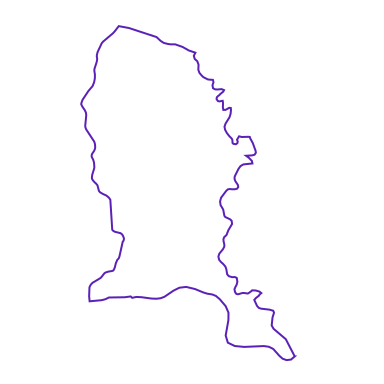 Río Negro, Equal Earth projection, rotated 276°
{"feature_id": "URY-9", "entity_name": "Río Negro", "entity_type": "Department", "adm_level": 1, "iso_a3": "URY", "parent_name": "Uruguay", "parent_adm1": "", "projection": "equal_earth", "projection_center": [-57.526, -32.894], "detail": "fine", "context": "isolated", "style": "outline", "palette": "violet", "viewbox_px": 384, "rotation_deg": 276, "n_neighbors": 0, "source": "natural_earth", "source_scale": "10m", "svg_char_len": 3496}
<svg xmlns="http://www.w3.org/2000/svg" viewBox="0 0 384 384"><g transform="rotate(276 192 192)"><path d="M39.3,311.4L35.7,308.0L34.7,303.6L35.7,299.5L38.3,295.9L44.4,289.2L46.1,284.7L46.3,279.6L43.4,260.1L43.3,250.6L45.9,243.4L52.8,240.5L68.5,241.6L75.8,240.9L82.0,237.4L88.3,230.8L91.1,226.7L92.2,223.0L92.5,217.7L93.3,213.7L95.8,205.2L97.0,196.2L95.5,189.5L92.1,184.1L84.8,175.4L83.0,171.7L82.1,167.5L81.8,162.8L82.1,152.7L81.8,147.5L80.5,143.6L81.7,141.9L80.3,136.1L78.4,120.4L76.4,117.2L75.0,113.6L72.6,101.6L77.5,100.6L86.2,100.0L87.6,100.3L89.5,101.2L90.6,102.0L91.4,102.7L92.0,103.5L96.6,109.6L97.3,110.4L98.2,111.0L101.9,113.3L102.6,114.0L103.1,114.9L104.0,116.9L105.1,120.8L105.3,121.3L105.8,122.0L107.1,122.6L109.2,123.2L113.2,123.7L116.7,124.8L118.4,126.1L120.5,126.6L135.3,128.3L136.2,128.9L137.5,129.2L139.0,129.1L141.6,127.7L142.8,126.5L143.6,125.2L144.2,120.7L144.4,119.4L144.9,118.3L145.4,117.3L146.2,116.6L175.7,111.6L177.3,110.3L178.0,109.5L179.2,107.7L179.7,106.7L180.8,103.4L181.1,102.8L181.9,101.0L182.5,100.1L183.3,99.4L184.2,99.0L188.2,97.5L189.0,97.1L190.6,95.4L191.1,94.6L192.5,93.0L194.0,91.6L194.9,91.1L196.6,90.9L198.8,91.0L204.9,92.2L206.5,92.3L210.9,91.5L213.9,90.3L216.4,88.6L217.7,88.4L219.1,88.5L222.8,90.4L224.4,90.9L226.0,91.1L229.1,90.6L230.8,90.0L232.0,89.4L243.1,80.3L245.0,79.3L246.5,78.9L257.3,78.8L259.5,78.3L260.4,77.9L262.2,76.8L265.4,74.1L267.1,73.0L267.9,72.6L269.8,72.9L272.4,73.6L281.6,78.4L287.0,82.1L291.1,83.2L294.8,83.5L298.5,83.2L302.8,82.1L304.6,82.2L311.2,83.6L313.4,83.8L315.0,83.7L317.1,83.1L318.3,83.1L321.3,83.5L330.6,86.7L332.3,87.9L341.6,96.8L343.9,98.5L349.3,101.8L348.5,112.1L343.1,137.2L342.4,140.5L339.0,145.0L337.3,148.4L336.7,152.6L336.6,155.3L337.1,159.8L335.3,167.4L332.4,174.1L330.9,180.8L327.6,179.6L324.6,180.8L322.6,183.6L319.3,185.2L314.3,185.5L311.3,186.9L309.0,189.3L307.5,191.1L305.6,196.0L305.6,197.5L305.7,201.1L303.5,201.9L300.3,201.2L297.4,202.1L296.5,204.2L296.6,206.5L297.4,210.7L296.7,213.2L295.1,212.6L292.3,209.8L291.4,209.2L290.2,207.9L288.8,206.8L287.0,206.7L285.1,208.3L285.0,210.2L285.7,212.0L285.9,213.0L283.5,213.6L279.7,213.8L276.9,214.6L277.2,216.8L279.6,220.2L279.6,221.8L277.5,222.2L273.7,222.2L270.3,221.5L263.5,218.2L260.3,217.5L257.4,218.4L254.3,220.5L251.5,223.2L249.3,225.9L248.0,226.7L245.0,227.2L244.2,228.2L244.1,230.7L245.3,232.0L247.0,232.2L248.7,231.3L252.3,233.0L251.9,235.7L252.8,242.4L252.8,243.7L251.4,244.3L247.1,247.3L239.5,251.0L237.7,251.4L235.7,250.4L234.7,248.0L233.7,242.0L232.0,244.9L229.2,248.3L226.7,249.1L224.8,240.2L222.8,237.5L219.8,235.8L212.9,233.2L211.2,232.8L209.3,233.0L207.3,234.0L203.8,236.9L201.8,237.5L200.0,236.5L199.2,234.3L198.9,231.5L198.9,229.0L198.3,227.3L196.7,225.9L189.3,221.5L185.5,220.9L181.9,221.8L178.6,224.3L177.4,225.0L171.7,226.7L170.6,227.7L168.9,232.6L167.6,234.4L164.4,235.2L157.9,232.2L152.8,230.8L150.4,228.7L148.5,228.2L146.5,228.5L142.9,229.7L140.9,229.8L138.2,228.7L133.5,225.6L130.6,225.0L127.5,226.0L125.5,228.0L123.7,230.5L121.3,233.0L118.8,234.2L113.8,235.6L112.1,237.5L111.5,240.9L111.9,243.6L111.2,245.5L107.4,246.5L104.5,246.1L102.1,245.1L99.7,244.4L96.9,245.3L95.2,246.9L95.1,248.5L96.9,252.9L97.0,254.5L96.9,256.4L96.9,258.2L97.9,259.5L100.0,261.8L100.5,262.1L100.7,265.8L100.0,269.5L98.7,271.5L97.0,269.8L96.1,269.6L93.2,266.6L91.2,265.2L85.5,268.6L83.7,270.6L83.2,272.9L83.1,281.4L82.4,285.2L80.5,286.2L75.7,285.2L67.6,285.2L64.5,287.4L55.4,300.7L39.3,311.3L39.3,311.4Z" fill="none" stroke="#5b21b6" stroke-width="2"/></g></svg>